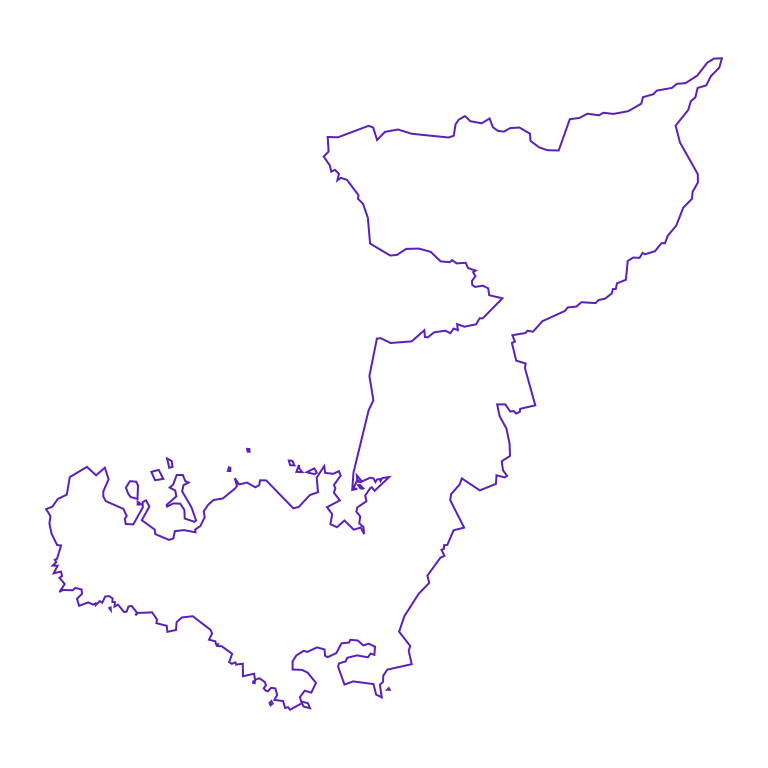 Lombok Barat, Nusa Tenggara Barat, Indonesia (Albers equal-area conic projection)
{"feature_id": "22746128B38668827904245", "entity_name": "Lombok Barat", "entity_type": "district", "adm_level": 2, "iso_a3": "IDN", "parent_name": "Indonesia", "parent_adm1": "Nusa Tenggara Barat", "projection": "albers", "projection_center": [116.037, -8.666], "detail": "fine", "context": "isolated", "style": "outline", "palette": "violet", "viewbox_px": 768, "rotation_deg": 0, "n_neighbors": 0, "source": "geoboundaries", "source_scale": "gbopen_adm2", "svg_char_len": 6093}
<svg xmlns="http://www.w3.org/2000/svg" viewBox="0 0 768 768"><path d="M376.9,338.6L369.4,376.0L373.4,400.4L368.7,410.0L353.5,472.5L352.2,490.0L357.3,488.8L353.4,488.5L357.2,480.1L356.9,475.4L361.9,481.4L370.3,477.7L373.6,478.5L375.4,482.0L376.9,479.6L379.8,479.0L380.5,481.0L382.2,478.0L389.1,477.1L374.6,490.8L371.8,487.2L370.3,488.1L365.2,495.5L366.4,501.3L357.2,507.5L356.4,511.7L360.3,516.6L359.2,523.3L363.5,527.0L364.1,534.0L360.7,527.5L353.8,529.7L344.4,520.5L337.0,527.2L330.4,524.2L332.2,514.2L327.0,507.2L339.8,500.4L333.9,492.6L335.4,488.1L333.9,485.1L340.7,475.5L338.9,471.2L333.3,473.8L325.2,472.9L324.2,466.1L316.7,477.6L318.0,492.2L309.8,495.1L298.8,506.9L293.3,508.3L266.2,480.4L260.0,480.3L259.2,485.2L255.3,487.3L247.0,482.6L239.2,484.4L234.7,478.2L237.0,485.8L235.4,488.2L222.8,498.5L213.5,500.0L208.3,504.6L203.7,511.3L204.7,517.3L200.3,526.1L195.2,529.5L195.5,532.3L184.0,530.1L174.9,531.1L173.3,538.5L169.0,539.9L155.2,534.1L154.8,529.7L141.8,520.2L149.4,506.5L146.0,500.4L142.6,502.2L142.8,507.4L133.3,524.4L125.7,524.0L124.9,518.7L126.7,515.9L123.4,508.9L105.9,501.2L103.3,496.6L103.3,491.4L108.6,479.3L104.9,467.7L96.1,475.3L86.9,466.9L69.8,477.1L66.8,494.6L57.7,499.1L52.4,506.7L46.1,509.1L50.5,516.1L49.4,523.4L51.5,533.5L57.1,545.0L61.1,545.5L57.0,558.8L54.8,559.8L56.3,562.0L52.7,565.6L57.6,565.7L53.7,573.3L61.0,571.6L62.1,576.0L59.5,577.8L64.7,584.1L59.4,592.0L63.1,589.9L72.7,590.3L75.3,587.9L81.6,589.5L82.0,593.8L77.0,598.8L79.1,605.8L88.2,602.4L93.3,604.6L95.5,603.4L95.7,605.1L99.8,601.1L102.2,602.8L105.2,596.5L109.1,596.1L112.6,598.4L112.4,602.0L115.0,602.2L114.5,606.6L118.0,604.6L124.0,612.0L126.6,611.6L128.5,606.5L131.6,605.9L137.0,612.7L135.5,615.4L137.8,612.9L152.1,612.4L157.0,619.4L156.4,623.2L166.7,625.8L167.4,631.8L176.0,630.0L176.6,622.2L181.7,617.5L192.7,616.2L210.6,629.9L212.1,633.5L209.0,639.7L215.3,641.3L216.1,644.5L218.0,644.2L217.2,646.0L221.8,646.3L232.1,653.8L229.2,662.1L231.7,663.8L235.4,662.4L236.1,664.6L242.8,663.7L243.0,676.3L254.1,673.7L255.0,679.8L259.5,678.3L264.8,682.0L266.0,685.3L263.7,688.3L265.7,690.6L267.9,691.3L271.1,687.8L275.3,688.4L277.2,694.9L274.4,700.0L283.1,701.0L285.1,708.0L288.0,707.2L290.1,709.7L301.9,703.2L303.6,706.5L310.0,708.2L307.9,703.2L301.1,701.4L300.0,697.0L304.7,690.7L311.3,692.6L316.0,682.9L307.7,672.7L302.1,669.9L292.6,669.5L292.6,661.3L296.4,655.4L303.8,650.8L307.3,651.9L317.1,647.4L324.5,649.5L325.1,655.8L327.6,657.2L336.3,653.1L341.6,643.3L349.0,642.6L350.3,639.8L357.8,640.5L363.3,645.4L368.7,643.7L375.0,646.7L374.4,654.8L370.6,653.6L367.9,657.3L357.0,655.4L347.2,657.8L345.8,661.3L338.9,663.5L338.1,666.7L344.5,684.6L353.2,681.4L373.5,684.1L376.1,694.5L381.7,697.4L379.9,684.6L383.0,681.9L383.3,675.7L387.3,669.6L411.7,664.2L408.7,650.8L410.2,646.0L399.1,631.7L404.3,616.3L418.6,593.9L429.2,582.9L427.4,575.6L440.4,557.7L444.4,555.9L441.5,549.8L443.9,548.8L444.1,545.2L447.3,544.9L453.6,530.3L464.1,527.6L450.2,500.1L451.2,494.0L459.7,484.4L461.8,478.4L479.8,490.4L495.9,483.9L496.5,475.3L504.6,477.4L507.1,475.8L503.0,470.4L501.7,461.3L510.0,455.9L509.6,443.8L506.4,428.5L499.6,416.1L497.2,404.4L505.3,404.4L510.2,411.5L513.7,411.1L516.2,413.6L519.8,411.8L520.2,408.8L535.3,405.3L524.9,368.0L525.6,363.5L516.2,360.6L511.9,342.9L514.9,341.6L512.4,335.2L525.6,333.0L527.3,330.8L533.0,331.7L542.4,321.2L565.0,310.9L567.8,307.4L576.3,306.6L581.5,302.2L595.6,303.1L598.6,300.0L605.0,298.7L611.7,293.5L612.8,289.1L615.8,288.9L617.0,283.3L625.9,279.8L627.7,261.0L633.1,257.6L639.6,257.8L642.7,252.9L645.0,254.3L655.0,251.2L661.5,243.2L665.0,243.2L667.8,235.6L676.2,225.7L683.3,207.6L692.0,198.8L692.6,191.9L697.9,182.4L697.8,174.2L679.9,142.3L675.6,125.7L688.2,110.0L690.9,101.1L695.3,97.5L697.6,88.0L706.3,85.3L710.9,76.1L719.3,67.6L721.9,58.3L714.0,58.6L707.3,62.6L697.4,75.5L685.4,83.2L676.8,83.8L672.0,87.9L656.8,90.6L653.2,94.3L642.9,97.2L641.3,103.7L628.1,111.2L613.6,113.9L603.2,112.8L599.0,115.3L587.4,113.7L579.6,117.9L569.8,119.2L558.7,150.5L547.4,150.2L538.9,147.2L530.5,140.9L530.0,133.7L519.4,127.5L510.1,128.1L504.0,131.6L498.0,130.9L492.9,127.3L489.6,118.5L481.6,123.3L470.3,121.2L465.0,116.1L458.8,119.6L455.5,124.5L453.8,135.7L448.5,137.5L411.9,133.8L398.0,129.5L384.9,131.9L377.1,140.0L373.2,127.6L368.6,125.8L338.0,137.3L327.7,137.0L328.6,151.5L323.7,156.5L329.9,165.6L331.3,171.7L334.9,169.8L338.9,173.8L337.4,180.4L340.8,177.9L346.9,179.8L358.5,195.2L358.0,198.8L363.0,203.8L367.8,217.6L370.1,243.6L390.2,255.5L397.0,254.9L406.2,248.9L418.9,248.6L430.6,251.8L440.7,261.4L449.8,262.2L452.1,260.1L456.7,263.4L465.7,262.8L468.1,268.1L475.6,270.6L473.1,272.1L475.4,276.2L471.9,281.0L472.3,285.1L475.1,286.9L482.9,285.7L488.2,288.3L489.2,295.2L502.4,298.3L482.8,318.3L479.6,318.3L476.1,324.3L464.5,326.7L457.1,324.1L457.9,330.1L453.6,328.6L450.4,333.2L445.3,330.7L434.2,332.3L427.9,337.3L424.9,337.0L424.4,330.2L411.6,341.4L390.6,343.0L380.7,338.2L376.9,338.6ZM188.6,482.6L185.3,481.1L182.8,475.0L176.7,475.0L173.2,484.5L169.7,487.6L175.2,490.5L176.4,496.3L166.6,504.9L167.2,506.6L173.2,503.4L180.3,503.7L184.4,510.0L184.7,518.5L194.4,521.8L196.1,520.5L191.4,507.2L182.1,491.3L183.5,485.1L188.6,482.6ZM137.5,498.9L138.0,485.5L136.1,481.7L129.9,481.2L125.9,487.7L128.2,493.6L130.5,497.0L137.5,498.9ZM163.3,478.9L158.7,469.9L151.3,471.9L155.1,480.2L163.3,478.9ZM314.5,474.2L316.8,472.7L314.3,468.4L306.7,472.2L314.5,474.2ZM172.5,466.9L171.7,461.0L167.1,458.5L169.2,467.8L172.5,466.9ZM302.3,472.1L299.5,468.8L298.9,465.0L296.4,471.9L302.3,472.1ZM294.5,465.4L292.3,460.8L288.8,460.5L290.1,465.2L294.5,465.4ZM363.3,488.4L360.0,485.0L358.1,485.1L360.4,488.4L362.6,488.7L363.3,488.4ZM230.3,471.0L230.4,467.8L228.9,467.4L227.8,470.9L230.3,471.0ZM271.4,701.1L269.5,703.1L270.6,705.3L272.7,703.5L271.4,701.1ZM137.7,504.7L141.0,504.3L137.7,501.7L137.7,504.7ZM249.6,451.7L249.3,449.0L247.2,448.9L247.6,451.6L249.6,451.7ZM357.0,481.6L359.7,482.0L358.0,480.3L357.0,481.6ZM388.8,688.1L387.2,689.7L389.7,689.8L388.8,688.1ZM255.0,681.0L253.3,681.3L253.1,682.9L254.6,683.3L255.0,681.0ZM110.8,610.1L110.6,607.4L109.3,608.1L110.8,610.1Z" fill="none" stroke="#5b21b6" stroke-width="2"/></svg>